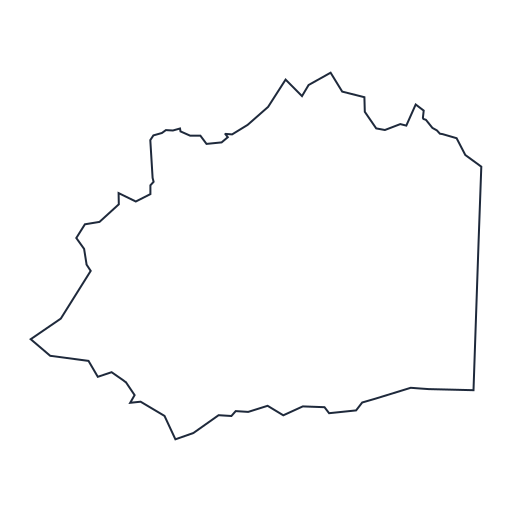 outline of Wilkes, North Carolina, United States of America
{"feature_id": "52423323B43261157004179", "entity_name": "Wilkes", "entity_type": "district", "adm_level": 2, "iso_a3": "USA", "parent_name": "United States of America", "parent_adm1": "North Carolina", "projection": "orthographic", "projection_center": [-81.218, 36.219], "detail": "fine", "context": "isolated", "style": "outline", "palette": "slate", "viewbox_px": 512, "rotation_deg": 0, "n_neighbors": 0, "source": "geoboundaries", "source_scale": "gbopen_adm2", "svg_char_len": 1224}
<svg xmlns="http://www.w3.org/2000/svg" viewBox="0 0 512 512"><path d="M30.7,339.2L50.2,355.8L88.5,360.9L97.8,376.8L111.6,372.2L123.7,380.6L124.0,380.9L124.4,381.2L125.2,381.8L125.7,382.2L125.9,382.2L134.6,395.1L130.2,402.8L140.6,401.7L164.5,415.9L175.4,439.3L193.4,433.0L218.6,415.2L231.4,416.0L235.7,411.1L248.2,411.9L267.6,405.8L283.3,415.3L302.8,406.4L324.5,407.2L329.1,413.2L356.1,410.4L362.2,402.5L375.3,398.7L410.7,387.8L413.6,388.0L420.0,388.5L425.8,388.9L428.6,389.1L453.4,389.7L473.5,390.2L478.6,241.1L481.3,166.7L465.3,155.0L456.6,138.2L442.5,134.1L439.9,133.7L436.9,130.4L432.4,127.9L425.9,119.8L423.5,119.0L422.9,117.9L423.7,110.6L415.7,104.5L406.3,125.6L400.3,124.1L384.9,130.0L376.2,128.4L364.8,111.8L364.4,97.2L342.2,91.6L330.6,72.7L308.6,85.0L302.0,96.1L285.6,79.6L268.1,106.9L247.6,124.9L232.1,134.4L225.6,133.9L225.4,134.1L227.8,137.2L221.6,142.4L206.5,143.9L200.4,135.7L190.2,135.7L180.5,131.4L180.0,128.5L172.9,130.5L165.9,130.1L161.9,133.0L153.4,135.4L150.3,140.1L152.6,177.9L153.6,181.8L150.4,185.3L150.4,194.1L135.8,201.5L118.6,193.1L118.8,204.3L99.5,221.9L84.9,224.3L76.3,238.0L84.1,248.9L86.5,264.0L86.5,264.5L90.7,270.9L60.8,318.6L30.7,339.2Z" fill="none" stroke="#1e293b" stroke-width="2"/></svg>